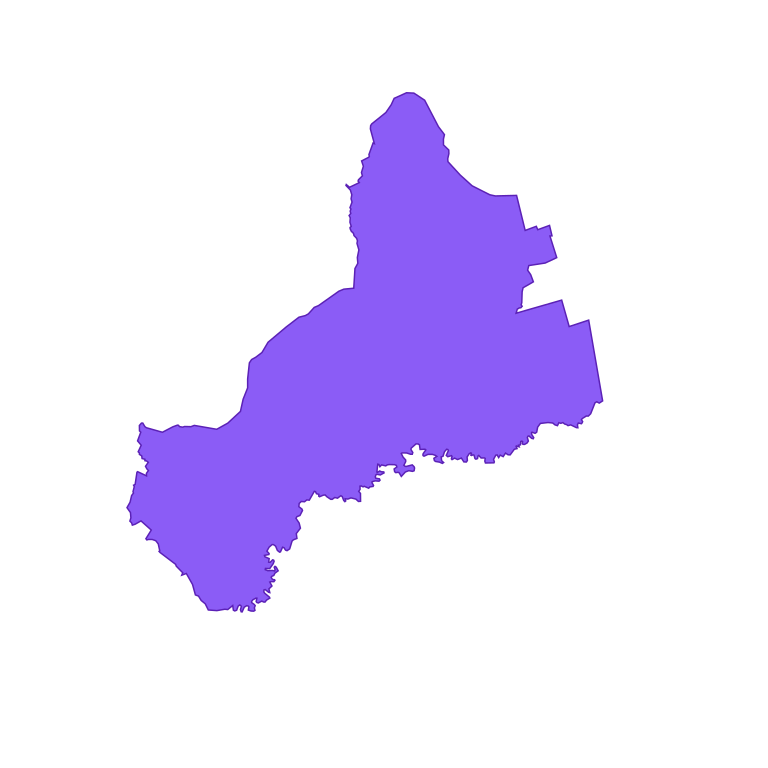 Carand, Arad, Romania, rotated 294°
{"feature_id": "2599482B38117953708036", "entity_name": "Carand", "entity_type": "district", "adm_level": 2, "iso_a3": "ROU", "parent_name": "Romania", "parent_adm1": "Arad", "projection": "albers", "projection_center": [22.035, 46.447], "detail": "fine", "context": "isolated", "style": "filled", "palette": "violet", "viewbox_px": 768, "rotation_deg": 294, "n_neighbors": 0, "source": "geoboundaries", "source_scale": "gbopen_adm2", "svg_char_len": 6159}
<svg xmlns="http://www.w3.org/2000/svg" viewBox="0 0 768 768"><g transform="rotate(294 384 384)"><path d="M457.5,590.6L525.6,545.0L511.8,529.8L532.9,512.2L502.4,475.9L506.6,475.3L508.6,476.7L509.3,478.0L511.2,478.6L512.1,477.1L514.3,476.8L524.4,472.7L528.5,471.9L538.1,478.9L543.5,473.6L546.4,468.9L551.1,468.1L560.1,482.1L569.7,490.4L586.7,475.4L587.7,477.2L596.2,470.7L587.5,461.7L590.0,459.0L581.7,450.5L610.2,428.4L601.1,409.3L599.9,403.6L600.9,383.9L605.9,368.6L613.1,352.0L615.7,350.6L620.8,349.6L624.1,348.0L626.6,341.1L631.9,338.7L636.4,337.8L641.2,329.1L659.8,305.7L661.9,293.0L659.2,286.1L649.1,277.1L642.0,277.0L632.8,275.3L616.6,267.0L614.6,266.7L611.5,267.8L599.7,277.4L599.7,276.0L587.5,276.9L586.0,278.0L584.9,277.8L578.7,272.8L574.5,276.6L568.0,277.4L565.4,279.6L560.2,277.6L558.8,277.8L557.9,279.5L549.7,272.5L550.9,268.4L549.9,268.5L547.5,274.4L543.8,277.6L539.8,278.6L537.2,280.8L531.2,281.2L530.4,282.6L528.1,282.8L526.3,284.3L523.7,283.6L522.1,285.6L517.9,287.1L514.6,290.0L513.2,289.3L512.0,290.0L510.0,292.3L509.8,293.7L508.8,295.2L507.4,296.2L505.9,299.8L504.0,301.5L501.5,302.1L496.3,306.5L488.7,308.2L483.6,311.0L477.7,310.5L459.2,317.4L454.3,308.7L450.4,305.0L429.0,292.3L425.6,289.1L417.3,286.4L414.5,284.3L410.4,279.1L396.2,271.4L375.0,261.1L363.1,259.7L356.2,255.9L352.5,253.1L348.6,252.4L333.1,257.4L325.0,261.0L312.8,261.5L300.6,264.0L284.7,257.2L274.6,249.6L269.0,227.5L266.5,225.0L264.1,219.2L262.7,217.6L261.9,214.5L262.7,213.0L262.4,212.0L259.0,208.5L249.8,201.2L247.4,184.7L247.8,182.9L250.2,179.5L249.6,178.3L246.6,177.4L241.7,179.7L241.1,181.4L231.8,182.0L229.3,187.1L222.1,187.0L221.6,188.5L220.2,189.2L219.8,191.9L217.5,193.3L218.0,196.2L216.7,196.8L217.1,198.4L216.6,200.5L211.8,199.6L210.0,201.9L209.1,204.0L205.8,203.3L203.5,204.4L203.7,194.6L202.9,194.2L191.0,197.5L189.7,196.4L188.7,197.6L183.5,198.5L182.5,199.5L179.5,198.8L172.7,200.1L166.5,199.5L163.4,204.7L158.8,207.2L155.4,207.6L154.5,209.9L152.7,211.5L154.7,213.7L160.1,217.7L155.9,230.8L145.8,229.4L145.1,230.8L146.1,231.9L147.7,235.5L148.0,239.2L146.1,242.8L140.4,247.0L139.6,246.6L139.0,247.9L134.5,267.0L133.1,268.3L129.7,276.9L127.1,277.0L130.5,280.5L123.0,290.6L114.6,297.5L114.8,300.8L111.9,305.0L110.5,310.1L106.1,315.4L109.0,323.5L113.5,330.2L114.4,333.0L120.1,335.9L116.1,338.4L116.0,340.0L117.4,341.4L121.7,341.1L123.4,342.0L123.4,343.2L122.6,344.2L119.5,344.6L117.8,346.2L118.1,347.1L123.3,347.1L125.7,348.8L125.9,350.6L125.5,351.2L122.3,352.0L122.5,354.8L123.5,357.4L124.7,358.2L126.8,356.6L129.1,356.5L129.8,355.3L130.5,352.0L131.6,351.5L133.6,352.0L136.3,354.1L136.6,355.0L133.2,355.7L132.7,356.7L132.8,358.2L135.9,360.6L135.9,362.9L136.4,364.0L138.8,364.6L142.0,366.8L142.7,366.0L144.4,360.0L145.2,358.8L147.0,358.1L147.9,359.0L146.8,363.3L147.0,364.5L150.0,362.2L153.9,363.8L156.6,360.2L157.5,361.1L158.6,363.8L160.3,364.2L160.7,363.6L160.2,362.3L160.4,361.1L161.5,359.6L162.5,359.6L164.3,361.2L166.8,361.3L170.3,363.3L172.8,360.1L173.1,358.6L172.0,358.2L170.1,360.0L168.7,360.1L168.3,358.0L166.2,353.8L166.1,351.0L167.3,350.7L168.9,354.7L174.8,355.9L177.4,355.7L178.2,354.8L178.1,353.8L174.8,352.5L174.3,351.1L177.8,350.1L177.7,345.5L178.8,344.5L181.4,348.2L182.4,348.0L183.7,345.0L188.2,345.4L191.8,347.1L192.3,348.3L191.8,350.9L188.6,354.3L187.9,357.0L188.5,357.7L193.6,357.7L193.8,359.2L192.2,361.6L192.3,363.2L195.0,364.9L203.1,363.9L204.8,364.6L207.5,367.3L211.7,364.7L218.3,366.3L222.5,363.0L225.5,358.2L227.4,358.4L229.7,360.7L235.3,361.0L236.4,359.9L237.3,356.1L240.4,355.1L243.0,356.2L244.1,359.3L246.7,360.6L247.5,363.0L257.6,364.0L257.8,365.2L256.3,366.9L256.7,369.4L255.0,370.0L254.8,371.0L257.7,373.7L258.7,375.4L257.8,377.5L257.0,382.2L257.6,383.6L260.3,385.2L260.8,388.0L264.4,390.0L264.2,391.6L261.2,394.6L260.6,396.1L261.6,396.6L263.4,395.2L264.2,397.8L266.5,400.1L267.4,405.1L266.3,408.4L267.3,410.3L274.5,407.0L275.6,404.6L278.0,405.0L280.9,403.6L281.6,404.7L281.5,406.7L282.5,407.5L282.6,412.4L284.2,412.9L286.0,415.7L287.1,415.7L288.9,413.2L289.9,412.9L291.9,415.3L293.2,419.0L294.5,419.5L295.5,418.4L294.6,414.8L295.6,413.8L297.7,413.6L298.6,414.1L299.4,417.6L302.8,420.2L303.6,419.5L302.8,417.5L302.8,415.4L300.7,414.0L300.7,413.3L308.2,410.9L308.4,412.1L306.8,413.9L309.1,414.7L309.9,418.9L311.6,420.0L312.6,421.7L314.6,426.5L314.7,428.4L313.4,429.5L310.5,427.8L308.2,429.4L307.8,430.8L309.0,432.7L309.1,433.9L306.6,437.4L312.3,439.3L314.9,441.9L315.8,445.6L317.0,446.8L319.7,446.1L320.7,445.1L321.6,442.7L317.7,437.8L317.4,436.7L317.8,435.2L321.9,435.4L323.4,434.7L325.0,431.1L327.6,428.0L328.4,428.6L330.2,432.7L330.6,436.8L331.3,438.4L333.1,438.2L335.1,435.3L336.4,434.9L342.3,437.6L343.1,439.6L342.9,441.1L338.9,443.6L341.1,448.0L340.8,449.0L336.4,448.1L334.9,448.4L334.3,449.3L334.5,450.1L337.6,452.8L339.4,456.8L339.7,459.9L339.4,461.7L336.4,459.8L334.5,461.2L334.2,462.6L335.2,466.5L335.2,469.6L336.5,470.4L337.4,467.8L340.7,465.9L341.9,467.3L346.7,466.8L349.9,467.8L350.1,469.0L349.4,469.9L344.1,469.9L343.5,471.8L346.0,474.8L345.5,475.6L343.0,476.0L342.6,476.9L345.0,478.7L344.9,481.9L347.8,484.8L345.3,488.7L346.3,491.0L348.0,491.3L351.1,489.6L355.0,490.2L356.4,491.3L356.3,492.0L354.3,492.3L354.3,493.1L355.5,494.1L355.6,495.2L352.9,497.4L352.7,498.5L353.9,499.8L356.5,499.1L357.3,499.6L355.9,502.8L357.3,505.8L357.2,506.7L354.5,507.5L353.1,508.8L356.7,516.5L357.7,516.5L359.8,514.7L364.5,515.1L365.2,516.2L363.4,518.7L366.3,519.1L366.1,522.4L370.3,523.1L369.8,526.1L370.6,528.1L377.4,529.6L379.1,531.8L380.6,530.1L381.2,530.1L381.6,533.0L382.8,531.8L383.9,533.4L387.1,532.3L387.9,533.2L387.8,534.0L385.7,534.7L385.4,535.5L386.0,537.0L388.3,538.7L390.6,539.1L393.4,536.7L394.8,536.7L395.5,537.5L394.4,541.0L394.7,542.6L395.9,542.6L398.1,539.3L399.8,538.5L400.2,539.0L400.4,542.1L402.1,543.1L407.1,541.9L411.6,542.9L415.5,549.5L417.0,554.0L416.2,556.8L416.5,559.4L419.8,559.5L420.0,561.5L421.5,563.1L420.9,565.4L421.2,567.3L420.8,569.0L422.6,571.2L422.4,577.6L422.9,578.9L425.4,577.3L427.4,577.4L428.0,580.5L429.1,580.8L430.4,580.8L431.7,578.9L433.1,579.2L437.0,581.8L437.8,583.7L440.9,584.9L452.6,584.4L454.3,585.6L454.1,588.4L457.5,590.6Z" fill="#8b5cf6" stroke="#5b21b6" stroke-width="1.5"/></g></svg>